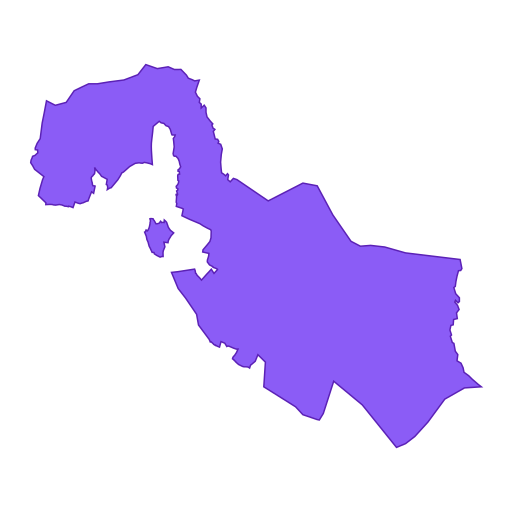 the district of Ilorin South, Kwara, Nigeria
{"feature_id": "59680162B63804955714699", "entity_name": "Ilorin South", "entity_type": "district", "adm_level": 2, "iso_a3": "NGA", "parent_name": "Nigeria", "parent_adm1": "Kwara", "projection": "equal_earth", "projection_center": [4.582, 8.481], "detail": "fine", "context": "isolated", "style": "filled", "palette": "violet", "viewbox_px": 512, "rotation_deg": 0, "n_neighbors": 0, "source": "geoboundaries", "source_scale": "gbopen_adm2", "svg_char_len": 5250}
<svg xmlns="http://www.w3.org/2000/svg" viewBox="0 0 512 512"><path d="M171.5,272.4L178.2,288.6L185.6,298.1L196.6,314.3L198.5,325.0L209.2,339.4L210.3,342.0L211.0,341.7L213.5,344.0L213.6,344.3L215.5,345.5L215.7,345.2L216.8,346.0L219.5,347.1L221.0,341.6L224.8,343.2L226.8,346.5L227.5,346.1L228.8,346.1L233.7,348.2L236.3,349.1L238.0,349.1L236.5,352.5L234.6,355.4L233.4,356.6L232.8,357.7L232.5,358.8L234.1,360.0L234.1,360.3L234.4,360.6L235.6,361.5L235.6,361.8L237.1,363.2L238.6,364.5L241.3,365.8L242.4,366.4L244.0,366.8L246.2,366.8L247.9,367.0L249.2,367.7L249.6,368.0L250.3,365.8L250.7,364.9L251.2,364.7L255.2,361.3L257.9,354.7L265.4,362.1L263.8,386.8L295.6,406.8L302.9,414.7L317.0,419.5L319.3,420.0L323.3,413.5L333.7,381.2L362.3,404.9L396.5,447.4L405.6,443.6L414.9,436.4L427.9,422.1L444.8,399.1L464.5,387.9L481.3,386.8L478.2,384.4L472.2,379.2L468.8,375.8L464.0,372.3L463.1,367.8L461.0,363.2L457.0,360.8L457.8,354.6L455.3,351.2L453.9,343.4L452.3,342.5L450.3,336.2L451.5,335.0L449.9,330.0L450.9,325.4L453.2,324.8L453.6,319.5L457.3,318.6L456.5,312.9L459.1,309.5L457.5,305.3L454.8,302.1L455.5,300.3L458.0,302.8L459.4,301.5L459.4,297.8L455.7,293.7L453.8,287.5L455.3,286.4L455.9,281.7L457.0,276.2L458.5,270.7L460.7,270.5L461.9,268.6L460.1,259.5L405.5,252.9L384.7,247.0L370.6,245.4L360.4,246.2L351.0,241.3L332.8,214.9L317.2,185.8L302.9,183.1L268.2,200.9L236.9,179.6L233.4,178.4L230.2,181.8L227.7,179.6L228.5,175.0L227.5,173.7L225.6,175.8L223.6,174.1L221.6,172.8L221.1,168.5L220.6,162.1L221.3,154.4L222.3,148.9L220.7,144.3L218.1,143.2L218.8,141.4L217.6,139.3L215.2,139.0L214.3,135.3L213.3,131.4L214.9,129.4L213.0,128.1L211.9,125.0L212.8,123.9L210.1,120.9L207.0,116.9L206.0,112.3L206.0,107.9L204.2,105.2L201.2,108.0L201.2,104.1L199.3,102.4L199.9,98.8L197.4,96.3L195.4,92.2L196.8,87.4L199.3,80.1L194.7,80.9L192.0,79.6L188.3,78.2L186.4,75.1L180.9,69.4L178.4,69.5L176.2,69.5L174.4,69.5L168.2,66.8L157.3,68.6L145.8,64.6L137.9,74.7L123.9,80.0L109.1,81.9L97.4,83.8L88.7,83.8L82.3,86.8L74.2,90.7L66.2,102.4L55.3,105.3L46.5,100.8L44.2,113.0L42.2,122.9L40.2,138.6L37.1,143.4L35.2,148.1L35.3,149.7L37.6,150.0L37.8,152.9L36.9,153.6L35.0,155.4L32.6,156.3L32.1,157.9L31.1,160.1L30.7,162.7L32.6,165.6L34.6,169.3L43.9,176.6L42.6,179.6L40.0,188.4L38.4,195.6L45.9,202.8L45.8,204.6L49.9,204.4L52.2,204.5L53.5,204.9L55.6,205.1L59.4,204.5L60.3,204.7L61.7,204.9L63.5,205.6L64.8,206.2L65.4,206.2L66.7,206.3L68.3,206.7L68.5,206.2L70.8,206.7L73.0,207.6L75.0,202.0L77.8,203.1L80.1,203.7L81.8,203.1L83.1,202.8L84.6,202.1L86.4,201.3L87.3,201.1L88.1,200.9L88.6,199.3L89.7,196.4L90.7,193.9L91.6,191.8L93.6,193.3L95.1,186.1L94.2,185.8L93.0,185.8L92.4,184.4L92.3,183.0L91.7,181.0L91.2,178.0L91.6,177.0L91.9,176.5L92.5,176.1L93.1,175.4L93.6,174.5L94.0,174.4L94.6,173.5L94.8,172.0L95.0,170.4L94.7,168.1L95.1,168.1L95.7,169.2L97.1,170.9L98.4,172.5L99.1,173.1L100.0,174.1L101.6,176.4L102.2,176.6L107.2,179.3L106.3,184.5L107.3,185.1L107.7,187.5L107.3,189.6L109.5,188.2L111.2,187.7L117.8,179.8L120.3,175.8L121.8,172.9L123.5,172.0L129.7,166.5L135.3,163.3L139.1,162.8L140.9,163.1L142.6,163.2L144.2,162.4L146.7,162.8L148.3,163.2L150.3,163.7L152.4,164.6L151.9,158.3L151.6,153.7L151.4,150.2L151.3,146.5L151.4,143.1L151.8,139.2L152.6,132.5L153.2,126.4L159.2,121.3L161.1,122.8L163.9,123.4L166.0,125.7L168.6,126.6L170.3,129.4L171.6,134.0L172.1,135.0L175.2,135.0L174.6,136.8L173.3,138.5L173.7,141.5L173.9,143.7L174.2,146.9L173.1,153.7L173.6,155.6L174.3,156.2L175.9,156.2L178.0,158.4L179.2,161.2L179.8,164.1L180.7,166.8L179.4,168.8L178.0,169.9L178.0,171.2L179.3,171.5L179.6,174.1L178.3,174.3L177.8,175.0L177.7,176.1L177.8,178.1L177.9,180.4L178.7,180.9L178.6,182.2L178.2,183.6L177.5,184.8L176.2,186.3L176.5,188.0L177.8,188.7L177.8,190.0L176.6,191.0L177.3,193.1L177.6,194.3L177.3,194.9L176.6,194.2L176.1,194.4L176.2,195.4L176.6,196.5L176.2,202.2L176.8,203.5L176.3,206.4L182.0,208.3L183.3,209.0L181.9,215.7L184.8,217.1L189.7,219.4L199.9,223.7L203.1,225.8L207.5,228.2L210.7,229.7L211.2,231.1L211.0,237.8L209.9,241.5L207.0,245.1L203.0,249.8L202.7,252.0L208.9,253.4L208.6,256.1L207.9,258.5L207.4,260.0L207.3,261.9L209.5,264.9L212.8,266.6L213.0,267.3L216.3,268.5L217.5,269.3L216.7,270.5L216.2,271.0L214.0,273.4L212.6,271.3L211.3,269.2L208.9,271.9L206.7,274.2L201.5,280.1L199.5,277.7L197.2,275.4L196.1,273.5L195.6,273.3L195.2,270.8L194.6,269.1L177.8,271.7L171.5,272.4ZM146.1,230.0L145.7,230.9L145.6,231.5L144.6,232.1L146.0,235.5L146.3,236.3L146.9,239.5L148.1,242.2L148.6,244.2L149.2,246.3L150.0,247.8L150.2,248.2L150.5,248.8L151.1,250.2L151.6,251.2L152.0,252.2L152.1,252.4L152.5,252.4L153.2,252.4L154.0,252.5L154.3,253.8L156.9,255.5L160.1,257.1L161.9,256.5L163.1,256.5L163.0,252.6L163.3,250.7L164.9,246.8L163.9,242.2L168.0,242.7L168.3,240.8L169.0,239.2L170.2,237.3L171.2,235.6L173.7,232.9L170.4,230.3L169.1,228.5L168.2,227.0L167.8,225.7L166.6,222.3L165.6,221.2L164.3,220.0L164.1,222.5L163.3,222.4L162.2,222.4L161.8,222.4L161.6,222.5L160.9,221.5L160.6,221.2L160.1,221.9L159.5,223.0L157.9,223.6L156.9,223.8L156.0,223.8L155.0,222.0L154.2,220.6L153.7,220.0L153.4,219.5L153.1,218.8L151.7,218.6L151.1,218.6L150.4,218.6L149.9,218.8L150.3,220.2L150.4,220.7L150.4,221.4L150.1,222.3L150.0,223.9L149.4,226.7L149.0,228.0L148.5,229.1L147.8,230.4L147.3,230.9L146.1,230.0Z" fill="#8b5cf6" stroke="#5b21b6" stroke-width="1.5"/></svg>